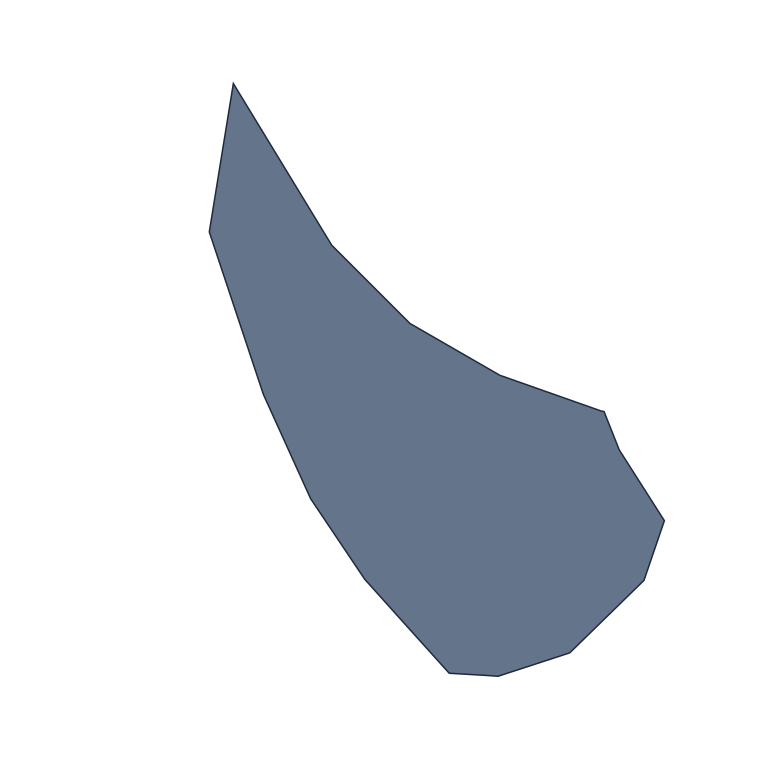 an SVG outline of Bournemouth, rotated 228°
{"feature_id": "GBR-2050", "entity_name": "Bournemouth", "entity_type": "Unitary Authority", "adm_level": 1, "iso_a3": "GBR", "parent_name": "United Kingdom", "parent_adm1": "", "projection": "albers", "projection_center": [-1.88, 50.735], "detail": "fine", "context": "isolated", "style": "filled", "palette": "slate", "viewbox_px": 768, "rotation_deg": 228, "n_neighbors": 0, "source": "natural_earth", "source_scale": "10m", "svg_char_len": 395}
<svg xmlns="http://www.w3.org/2000/svg" viewBox="0 0 768 768"><g transform="rotate(228 384 384)"><path d="M708.1,473.1L522.0,438.0L411.6,443.8L313.0,475.9L219.0,527.1L216.3,529.1L177.5,514.7L94.8,500.9L64.1,445.8L59.9,342.2L90.5,273.2L100.1,263.9L125.4,238.9L173.4,238.9L251.8,239.0L347.8,252.7L457.0,287.4L613.9,355.9L708.1,473.1Z" fill="#64748b" stroke="#1e293b" stroke-width="1.5"/></g></svg>